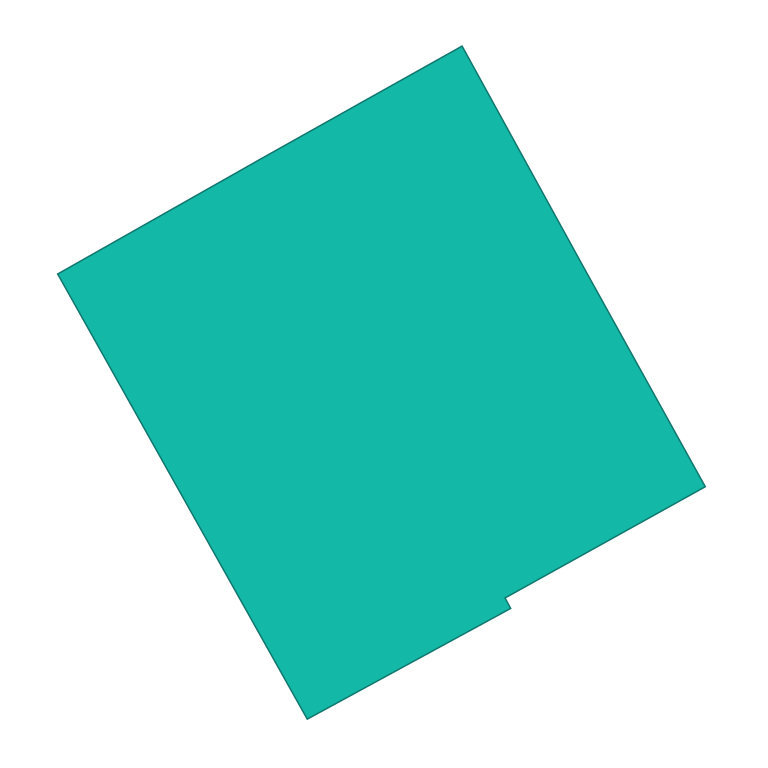 Delaware, Iowa, United States of America (Robinson projection), rotated 241°
{"feature_id": "52423323B18552254627235", "entity_name": "Delaware", "entity_type": "district", "adm_level": 2, "iso_a3": "USA", "parent_name": "United States of America", "parent_adm1": "Iowa", "projection": "robinson", "projection_center": [-91.343, 42.471], "detail": "fine", "context": "isolated", "style": "filled", "palette": "teal", "viewbox_px": 768, "rotation_deg": 241, "n_neighbors": 0, "source": "geoboundaries", "source_scale": "gbopen_adm2", "svg_char_len": 291}
<svg xmlns="http://www.w3.org/2000/svg" viewBox="0 0 768 768"><g transform="rotate(241 384 384)"><path d="M641.7,616.1L641.2,500.9L640.6,383.4L638.4,151.9L128.1,154.4L126.3,386.0L138.2,386.1L138.4,615.2L390.4,615.2L641.7,616.1Z" fill="#14b8a6" stroke="#0f766e" stroke-width="1.5"/></g></svg>